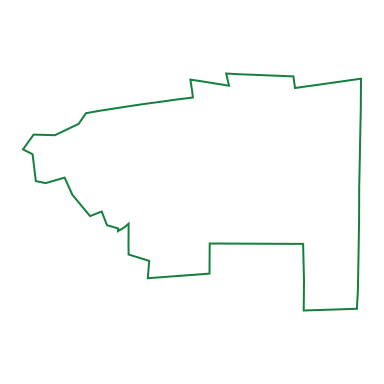 Tolland, Connecticut, United States of America, rotated 90°
{"feature_id": "52423323B70359204193032", "entity_name": "Tolland", "entity_type": "district", "adm_level": 2, "iso_a3": "USA", "parent_name": "United States of America", "parent_adm1": "Connecticut", "projection": "mercator", "projection_center": [-72.337, 41.811], "detail": "fine", "context": "isolated", "style": "outline", "palette": "green", "viewbox_px": 384, "rotation_deg": 90, "n_neighbors": 0, "source": "geoboundaries", "source_scale": "gbopen_adm2", "svg_char_len": 760}
<svg xmlns="http://www.w3.org/2000/svg" viewBox="0 0 384 384"><g transform="rotate(90 192 192)"><path d="M78.7,23.0L88.0,89.0L76.4,90.6L74.1,147.9L73.5,157.8L85.7,155.0L80.8,185.6L79.7,193.6L92.2,191.7L97.5,191.1L98.9,202.3L99.6,207.8L104.3,242.2L106.4,256.1L110.9,285.2L113.2,298.0L123.8,305.3L135.2,329.1L134.6,350.4L149.4,361.0L154.3,351.4L181.1,348.2L183.1,338.3L177.6,319.4L194.9,311.6L216.1,293.9L211.5,282.3L225.2,277.0L228.5,265.8L231.1,266.0L227.2,259.4L223.7,255.4L229.6,255.4L244.2,255.5L254.5,255.4L260.9,234.8L278.2,236.2L273.6,174.5L243.5,174.3L243.9,80.9L280.8,80.0L310.5,80.3L308.8,27.1L289.8,26.1L250.6,25.4L225.5,25.0L213.6,24.9L187.3,24.8L159.1,24.2L141.9,23.9L108.4,23.2L78.7,23.0Z" fill="none" stroke="#15803d" stroke-width="2"/></g></svg>